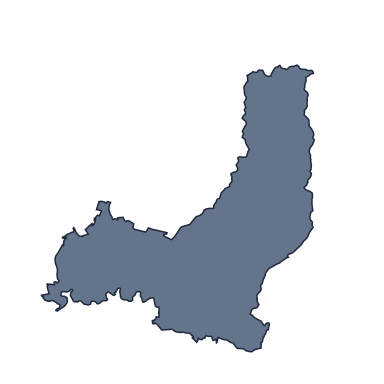 Balauseri, Mures, Romania, rotated 192°
{"feature_id": "2599482B21102131341719", "entity_name": "Balauseri", "entity_type": "district", "adm_level": 2, "iso_a3": "ROU", "parent_name": "Romania", "parent_adm1": "Mures", "projection": "robinson", "projection_center": [24.697, 46.348], "detail": "fine", "context": "isolated", "style": "filled", "palette": "slate", "viewbox_px": 384, "rotation_deg": 192, "n_neighbors": 0, "source": "geoboundaries", "source_scale": "gbopen_adm2", "svg_char_len": 5869}
<svg xmlns="http://www.w3.org/2000/svg" viewBox="0 0 384 384"><g transform="rotate(192 192 192)"><path d="M132.2,334.1L132.9,333.9L134.5,332.0L135.7,331.6L136.9,329.9L138.0,327.1L138.5,324.8L139.0,324.2L138.8,321.8L141.9,320.8L145.3,321.9L148.2,325.7L151.8,325.2L152.6,324.5L152.7,323.5L153.9,322.3L157.6,322.2L158.1,321.0L159.6,320.1L160.9,318.6L162.4,317.5L161.4,315.6L160.7,312.4L160.2,311.5L161.6,310.7L161.8,309.0L163.1,305.9L160.8,298.3L158.5,295.6L158.6,293.4L159.6,290.5L156.9,285.8L157.8,284.1L157.9,283.1L156.0,280.6L156.5,278.5L157.4,277.7L158.3,274.5L153.8,272.0L153.0,269.0L154.1,266.7L155.3,262.3L155.3,261.7L153.6,259.8L154.2,257.4L154.2,255.9L151.1,254.4L149.3,250.6L144.7,245.3L145.7,243.5L145.9,239.1L146.4,237.5L147.7,236.9L152.7,236.3L154.0,235.5L154.4,234.7L153.1,232.9L153.0,230.7L154.2,228.1L154.3,227.2L152.4,225.3L151.9,222.9L153.1,221.1L156.6,219.1L157.8,217.7L156.2,215.2L155.2,210.7L155.1,210.1L156.1,208.9L156.9,206.8L156.1,205.4L160.5,202.1L161.0,200.7L163.2,197.2L163.6,191.6L165.7,190.3L166.2,188.9L166.2,187.2L167.6,184.6L167.9,182.8L167.4,180.8L168.7,180.0L171.2,179.8L174.7,178.3L176.5,176.8L176.7,174.8L177.7,172.6L179.5,170.7L182.9,168.6L187.4,159.8L194.1,156.3L195.8,154.6L199.6,144.9L201.4,142.0L202.7,141.0L206.5,142.3L208.1,142.4L210.9,143.8L210.7,144.5L210.2,144.5L209.4,145.5L208.1,145.5L208.0,147.0L220.8,147.3L221.0,147.0L227.2,147.8L228.7,143.2L240.1,143.5L242.3,144.3L242.2,147.0L242.5,148.7L247.4,150.6L249.6,150.4L250.6,149.5L251.3,149.4L254.3,152.9L259.2,151.4L258.8,149.4L260.1,149.9L262.3,149.8L263.1,148.7L264.1,148.6L265.3,151.3L266.7,152.5L269.7,157.3L270.2,161.3L269.5,164.9L272.8,165.0L273.6,163.5L274.9,163.2L275.4,164.0L278.0,164.1L281.1,163.3L280.6,161.3L281.3,160.8L281.7,154.8L279.7,155.2L276.6,154.6L277.6,149.4L279.6,149.7L280.9,147.3L280.9,145.4L282.0,145.9L281.6,143.7L280.9,143.1L280.6,144.2L280.5,143.2L281.7,139.0L282.8,138.5L282.6,139.1L283.3,140.4L288.5,133.1L284.6,129.2L290.6,126.0L290.3,125.7L293.1,125.4L296.7,128.0L299.4,131.9L300.4,132.5L300.7,131.6L299.9,130.6L299.5,129.1L299.9,127.9L300.8,127.9L303.6,125.6L305.3,124.7L306.6,122.8L309.3,120.8L308.4,119.8L307.3,120.4L306.4,121.6L305.5,121.6L305.2,121.0L306.3,119.9L307.1,117.4L307.1,115.9L306.5,115.2L307.1,114.1L306.5,113.5L306.5,112.7L307.8,113.0L310.0,105.7L311.9,101.1L312.1,98.0L310.7,93.7L308.7,90.8L307.3,87.6L306.9,83.0L305.7,79.7L305.3,78.9L303.3,77.1L305.0,75.1L306.1,75.4L306.5,75.9L308.2,75.1L307.4,72.6L312.6,72.3L313.4,70.7L314.2,72.0L314.5,72.0L313.6,68.5L310.7,62.7L317.8,59.7L317.1,58.7L315.4,58.3L315.6,57.7L313.3,55.5L309.3,55.2L306.8,56.6L304.4,56.7L301.1,55.3L300.4,54.7L297.9,54.4L297.5,53.4L297.5,51.5L300.3,49.0L300.6,48.0L300.4,47.7L298.9,47.6L292.8,54.0L291.4,57.2L291.1,59.1L291.8,61.7L292.7,63.0L293.6,62.8L295.0,63.5L297.2,63.1L298.5,63.4L298.8,63.6L298.9,66.1L298.6,67.1L297.7,67.7L294.6,68.0L292.4,68.7L289.8,71.7L289.1,71.9L288.3,71.1L288.4,70.3L289.7,68.9L289.4,65.5L285.3,60.6L284.0,60.2L281.4,60.5L279.7,62.1L278.6,62.3L277.5,62.0L274.1,59.8L269.8,60.0L268.1,61.1L267.8,63.4L267.0,64.4L264.4,64.7L263.1,64.2L261.9,63.1L261.1,63.0L259.5,63.8L256.3,67.4L253.8,67.6L252.4,68.6L252.2,69.3L254.3,71.6L254.5,73.0L255.2,73.9L255.0,74.7L253.6,76.4L252.8,76.8L247.7,74.7L246.7,74.7L245.8,75.8L246.6,77.1L246.6,77.7L245.5,78.5L244.8,81.8L244.1,82.6L242.5,83.0L241.7,82.3L242.0,81.1L241.9,79.2L240.8,77.1L240.3,75.0L239.0,73.2L237.0,72.5L234.9,72.5L233.6,73.0L231.0,72.0L228.9,72.4L227.6,73.8L228.2,76.8L227.7,77.8L226.4,78.9L226.4,80.2L225.5,82.6L224.1,83.4L222.2,83.5L221.0,82.6L221.1,80.7L220.8,79.5L218.9,77.5L217.6,74.4L217.1,74.1L216.2,74.1L211.0,79.4L208.2,80.4L207.6,80.2L206.4,78.3L206.0,76.8L204.1,72.8L202.7,72.1L200.2,72.4L199.4,66.3L198.9,66.4L198.4,62.6L201.1,62.4L200.9,60.4L202.1,59.5L202.1,58.5L204.0,58.1L204.1,57.4L203.6,57.0L203.2,55.1L201.6,55.2L201.7,55.9L199.1,55.7L192.9,50.7L182.8,53.6L179.6,52.1L177.2,51.8L173.7,52.3L171.7,53.1L167.9,52.8L165.6,53.5L163.6,52.7L162.2,51.5L161.7,51.8L160.4,50.3L161.4,49.5L156.2,46.0L155.3,47.9L155.5,50.4L153.4,49.5L151.5,49.6L151.2,50.7L150.2,51.6L149.0,51.8L149.0,53.3L148.5,54.3L145.4,54.2L142.9,55.0L140.6,51.2L137.9,52.9L136.7,49.5L136.4,49.9L136.2,55.2L131.1,54.3L126.8,54.4L123.4,52.9L120.4,52.8L116.3,49.1L115.1,48.4L110.2,49.2L108.4,49.1L106.4,48.0L102.8,47.8L100.2,48.2L97.8,50.8L91.9,53.9L92.5,55.4L92.5,57.2L93.3,59.1L92.4,59.5L92.0,60.5L92.2,64.4L91.8,64.4L91.0,67.9L90.5,68.6L90.4,72.2L88.6,73.1L88.9,76.3L88.7,78.4L89.0,79.3L89.8,79.9L91.2,79.5L92.4,78.5L92.9,76.7L93.8,76.4L97.6,80.0L104.3,81.9L108.0,84.2L109.7,84.5L109.0,89.6L107.1,91.2L104.7,92.0L103.7,94.1L103.7,95.0L103.1,95.7L105.3,98.3L105.6,99.6L106.5,101.1L106.1,101.3L107.0,103.8L106.9,105.1L104.3,109.8L104.1,111.1L105.5,114.9L104.3,117.1L104.2,120.1L103.0,126.3L103.2,128.0L101.0,132.9L94.9,138.4L91.3,141.0L91.0,141.7L85.8,147.3L84.1,148.1L85.0,148.7L85.1,150.8L80.8,153.6L74.1,163.1L72.6,167.2L70.8,169.6L69.5,172.4L68.7,176.9L66.2,182.5L67.6,184.4L68.1,187.6L70.7,189.7L71.6,192.5L71.5,197.2L69.9,198.7L72.1,204.9L73.2,210.0L73.0,212.0L74.1,215.9L76.9,217.2L81.1,217.8L83.4,219.6L81.3,222.5L80.6,225.7L81.3,226.3L81.3,227.2L79.1,231.8L78.9,234.3L79.3,235.2L81.1,236.9L80.3,238.6L80.9,243.7L82.5,247.2L82.4,248.4L83.1,249.4L83.8,252.8L85.6,255.2L86.0,256.8L85.5,259.9L83.8,263.7L83.2,268.3L85.4,270.6L84.8,272.6L85.0,273.9L85.8,275.7L88.3,278.7L91.1,280.8L92.5,286.2L93.2,287.4L98.4,290.8L98.5,293.3L99.1,295.4L97.8,297.2L97.1,299.6L98.0,302.9L98.2,305.6L99.0,307.7L98.5,310.8L99.7,313.2L103.2,315.2L103.7,315.9L103.5,318.3L104.1,320.2L103.5,324.1L104.4,327.8L101.7,330.3L100.7,331.8L97.8,333.3L99.4,335.5L101.2,335.8L102.1,335.1L103.4,334.9L106.4,335.5L111.5,334.8L112.8,335.8L113.6,337.1L115.7,338.0L118.7,336.0L120.1,335.9L122.7,334.5L124.2,332.2L125.3,331.4L126.9,331.9L128.8,331.6L131.0,332.4L132.2,334.1Z" fill="#64748b" stroke="#1e293b" stroke-width="1.5"/></g></svg>